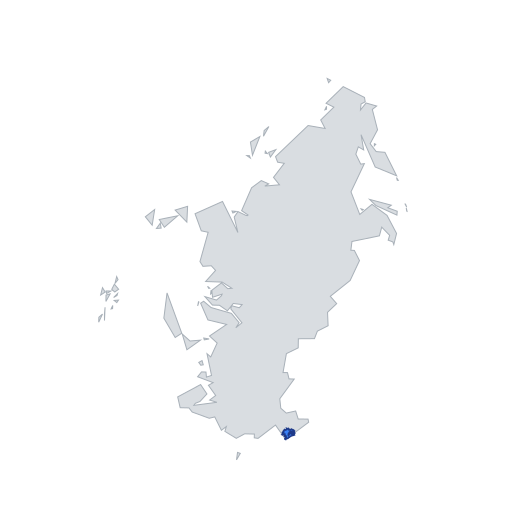 Krasnodar highlighted on a map of Russia, rotated 297°
{"feature_id": "RUS-2371", "entity_name": "Krasnodar", "entity_type": "Territory", "adm_level": 1, "iso_a3": "RUS", "parent_name": "Russia", "parent_adm1": "", "projection": "mercator", "projection_center": [39.522, 45.126], "detail": "fine", "context": "in_parent", "style": "filled", "palette": "blue", "viewbox_px": 512, "rotation_deg": 297, "n_neighbors": 0, "source": "natural_earth", "source_scale": "10m", "svg_char_len": 7654}
<svg xmlns="http://www.w3.org/2000/svg" viewBox="0 0 512 512"><g transform="rotate(297 256 256)"><path d="M339.9,371.0L328.7,373.6L330.7,371.5L330.1,366.6L335.1,365.7L338.8,354.9L330.0,356.8L312.5,334.9L304.2,337.9L305.6,341.1L298.9,350.3L276.9,351.0L253.8,340.5L250.2,349.5L238.3,345.3L226.6,351.9L216.9,344.8L208.9,345.6L201.5,331.3L193.3,335.3L182.8,327.4L164.4,333.0L166.4,337.0L161.5,341.2L163.7,345.9L139.6,342.0L131.6,347.2L129.8,354.3L135.9,361.7L129.9,367.6L134.3,376.4L131.8,378.4L106.0,365.7L114.2,350.1L94.4,340.6L93.2,337.0L96.6,335.4L92.4,326.6L84.6,321.2L85.6,307.9L90.6,307.0L85.0,304.3L93.9,292.3L90.2,288.0L88.0,270.0L90.2,265.2L86.4,257.3L94.9,250.2L116.3,265.0L110.8,274.9L100.9,272.1L97.2,268.8L94.7,268.4L107.9,287.6L106.6,280.1L113.4,283.4L119.2,272.3L123.7,275.3L121.9,258.8L128.0,260.1L129.9,264.1L125.6,266.8L129.4,270.6L146.7,256.7L145.5,261.5L160.8,260.9L163.6,250.9L181.7,260.9L177.2,242.2L188.8,228.1L191.9,229.9L189.7,239.4L193.7,260.1L188.9,271.3L182.9,270.6L190.1,273.8L197.4,257.6L200.6,256.8L202.3,264.6L206.4,265.7L203.4,257.3L194.2,255.4L195.5,245.8L192.5,239.5L196.6,228.9L198.8,240.8L205.0,243.3L206.6,243.1L199.5,236.0L205.4,232.2L216.3,237.4L214.1,245.7L216.3,249.2L217.4,237.7L210.4,222.7L224.8,226.5L227.0,220.6L222.7,213.4L225.6,208.6L255.4,202.6L253.6,195.8L266.0,182.5L289.4,201.4L268.7,229.2L280.8,218.9L287.4,219.8L287.6,228.8L288.1,230.1L288.9,230.3L289.9,222.6L314.8,221.1L325.6,226.5L326.0,234.6L322.3,232.1L330.1,244.6L334.0,235.9L351.4,239.1L349.4,232.7L353.4,228.3L395.9,243.2L401.0,259.7L406.6,251.9L424.0,257.8L423.9,249.1L446.5,256.8L446.5,280.7L443.0,283.3L439.1,280.6L433.5,282.8L442.3,284.6L444.4,295.4L439.4,293.1L423.6,307.0L407.9,306.7L403.6,315.7L406.9,323.8L391.3,344.9L389.4,321.8L411.8,294.5L399.4,303.8L399.7,297.6L392.1,298.7L385.4,307.6L387.5,310.6L356.3,311.5L340.1,329.6L354.7,335.9L351.7,354.3L339.9,371.0ZM182.7,193.5L153.5,224.9L146.7,221.0L158.8,202.1L182.7,193.5ZM358.0,331.5L362.7,353.5L358.8,351.5L360.0,361.5L356.4,363.0L355.4,339.9L358.0,331.5ZM141.1,237.0L153.0,225.7L150.3,235.8L155.8,244.7L141.1,237.0ZM344.2,207.1L355.0,199.3L364.2,205.2L344.2,207.1ZM244.6,153.2L256.3,168.0L240.0,161.3L244.6,153.2ZM240.7,139.6L251.4,144.6L236.3,149.5L240.7,139.6ZM260.2,163.1L269.2,172.5L254.8,179.0L260.2,163.1ZM366.1,208.3L371.5,206.3L377.2,208.7L366.1,208.3ZM65.5,331.2L72.6,328.7L73.0,331.6L65.5,331.2ZM135.5,147.3L141.8,144.8L129.7,150.3L135.5,147.3ZM354.1,220.2L359.8,225.4L350.7,223.9L354.1,220.2ZM138.3,255.4L135.1,258.4L133.6,256.4L135.2,253.3L138.3,255.4ZM147.4,142.9L153.1,140.1L156.0,143.2L147.4,142.9ZM166.6,142.6L164.0,148.7L159.8,146.5L160.8,142.6L166.6,142.6ZM172.3,143.8L167.5,142.8L174.4,141.2L172.3,143.8ZM159.2,246.7L160.8,251.9L157.8,248.0L159.2,246.7ZM241.8,155.8L237.8,158.8L235.3,154.8L241.8,155.8ZM150.7,135.3L158.1,133.6L155.4,138.0L150.7,135.3ZM446.5,242.8L443.4,242.0L446.5,238.8L446.5,242.8ZM130.1,143.8L134.6,145.6L125.6,145.9L130.1,143.8ZM189.1,226.0L185.0,226.7L189.1,225.5L189.1,226.0ZM285.2,214.2L286.8,218.2L283.8,215.9L285.2,214.2ZM421.4,250.9L418.8,252.2L417.5,251.0L421.4,250.9ZM157.7,150.1L154.4,148.0L159.7,149.7L157.7,150.1ZM156.8,138.3L158.9,142.6L154.8,139.9L156.8,138.3ZM370.3,364.8L369.7,366.2L367.9,368.1L370.3,364.8ZM152.0,149.8L154.3,153.5L151.3,153.1L152.0,149.8ZM205.1,231.5L202.2,233.1L201.5,232.8L205.1,231.5ZM409.9,312.0L407.9,311.4L409.8,310.5L409.9,312.0ZM353.7,216.7L352.4,219.7L351.7,217.4L353.7,216.7ZM345.7,328.2L346.1,330.4L344.9,329.8L345.7,328.2ZM389.7,345.6L388.0,348.4L387.6,347.5L389.7,345.6ZM146.9,150.8L144.0,152.1L143.0,150.9L146.9,150.8ZM207.0,226.6L206.3,229.4L205.7,228.6L207.0,226.6ZM342.4,204.5L340.7,206.5L341.3,202.2L342.4,204.5ZM364.4,369.9L367.1,368.0L364.4,370.3L364.4,369.9Z" fill="#d9dde1" stroke="#a8b0b8" stroke-width="1"/><path d="M115.2,371.1L114.5,370.8L114.2,370.9L114.1,371.0L113.9,371.4L113.6,371.1L113.3,370.9L113.2,370.7L112.7,370.2L112.4,369.8L111.9,369.4L111.7,369.2L111.2,368.8L111.0,368.5L110.6,368.3L109.9,368.2L109.7,368.2L109.5,367.8L109.4,367.7L109.2,367.6L109.0,367.4L108.9,367.2L108.7,367.0L108.8,367.2L108.8,367.3L108.7,367.3L108.3,367.2L108.2,367.3L108.0,367.2L107.9,367.1L107.7,367.0L107.6,366.6L107.6,366.4L107.3,366.1L106.5,365.7L106.4,365.7L106.1,365.8L106.0,365.7L105.9,365.6L105.9,365.4L106.2,365.4L106.3,365.3L106.5,365.3L106.7,365.2L106.8,365.1L106.7,365.0L106.3,365.1L106.3,364.9L106.4,365.1L106.4,364.9L106.5,364.9L106.4,364.9L106.2,364.9L106.1,365.0L106.1,364.8L106.4,364.6L106.6,364.7L107.0,364.9L107.2,365.0L107.0,365.3L107.4,365.3L107.4,365.2L107.6,365.2L107.3,365.1L107.2,365.0L107.7,365.0L108.1,364.9L108.0,365.0L108.1,364.9L108.3,365.0L108.2,365.1L108.3,365.1L108.6,365.1L108.6,364.8L108.6,364.7L108.5,364.2L108.4,364.1L108.4,364.4L108.4,364.6L108.2,364.7L108.3,364.0L108.3,363.9L108.4,364.0L108.5,364.0L108.4,363.9L108.8,363.6L108.9,363.4L109.0,362.9L109.1,362.7L109.3,362.5L109.3,362.9L109.4,363.0L109.2,363.2L109.2,363.3L109.3,363.4L109.3,363.2L109.4,362.9L109.5,362.8L109.5,362.6L109.6,362.3L109.8,362.2L110.2,362.6L110.5,362.6L110.6,362.4L109.9,362.0L109.9,361.9L109.5,361.4L109.4,361.3L109.2,361.3L109.3,361.5L109.2,361.5L109.0,361.3L108.8,361.1L108.6,360.5L108.6,360.4L108.9,360.6L109.0,360.6L109.3,360.6L109.5,360.4L109.9,360.2L110.0,360.4L110.3,360.5L110.6,360.5L110.6,360.4L110.3,360.2L110.2,360.2L110.1,360.3L110.1,360.1L110.2,359.9L110.3,359.8L110.5,359.8L110.8,359.7L110.9,359.9L111.4,359.9L111.3,360.2L111.2,360.3L111.2,360.6L111.3,360.7L111.8,360.7L112.0,360.6L112.0,360.4L112.2,360.1L112.5,360.1L112.6,359.9L112.9,360.0L113.0,360.0L113.5,360.0L114.0,360.1L114.3,360.2L114.2,360.4L114.2,360.5L114.1,360.8L114.5,360.9L114.5,361.1L114.6,361.4L114.5,361.5L114.8,361.8L115.7,361.8L115.8,361.9L116.1,361.9L116.3,361.7L116.3,361.9L116.2,362.1L116.3,362.1L116.3,362.3L116.5,362.4L116.6,362.5L116.7,363.1L116.8,363.1L117.0,363.2L116.9,363.3L117.0,363.4L117.0,363.5L116.8,363.6L116.7,363.8L116.4,363.7L116.3,363.8L116.0,363.8L116.0,364.3L116.2,364.7L116.3,364.7L116.4,364.8L116.3,365.0L116.4,365.4L117.0,365.3L117.2,365.8L117.3,365.9L117.4,366.1L117.9,366.2L117.9,366.3L117.7,366.8L117.6,367.0L117.4,367.1L117.4,367.3L117.5,367.3L117.6,367.5L117.8,367.7L117.9,367.8L118.0,367.8L118.0,368.1L117.8,368.1L117.9,368.3L118.0,368.4L118.0,368.6L117.8,369.1L117.6,369.1L117.6,369.3L117.4,369.4L117.4,369.5L117.2,369.4L117.1,369.5L117.1,369.4L117.0,369.2L116.7,369.2L116.1,369.0L116.1,369.3L116.2,369.5L115.9,369.7L115.8,369.9L115.7,370.1L115.7,370.3L115.6,370.6L115.6,370.8L115.6,371.0L115.4,371.0L115.2,371.1ZM113.4,365.7L113.2,365.6L112.9,365.5L112.7,365.8L112.4,366.0L112.1,366.2L111.9,366.2L111.7,366.2L111.4,366.1L111.4,365.9L111.2,366.0L110.9,366.1L110.8,366.3L111.1,366.3L111.3,366.5L111.7,366.7L112.4,366.7L112.7,366.8L112.9,366.7L113.1,366.5L112.9,366.3L112.7,366.2L112.8,366.0L113.1,366.0L113.0,366.3L113.1,366.2L113.3,366.3L113.5,366.2L113.8,366.2L113.8,366.4L113.9,366.5L114.0,366.7L113.9,366.8L114.0,366.9L114.0,367.0L113.9,367.1L113.8,367.3L113.8,367.5L113.7,367.6L113.7,367.9L113.5,368.1L113.5,368.3L113.8,368.6L114.1,368.6L114.1,368.8L114.1,369.0L113.9,369.2L113.7,369.2L113.6,368.9L113.4,368.8L113.3,369.0L113.4,369.3L113.4,369.5L113.6,369.8L113.8,369.8L114.0,369.9L114.3,370.0L114.6,370.2L114.9,370.0L114.9,369.8L115.0,369.7L114.9,369.4L114.8,368.8L114.8,368.7L115.0,368.6L114.9,368.3L114.9,367.8L114.9,367.7L114.7,367.4L114.9,367.3L114.9,367.0L115.0,366.9L115.2,367.0L115.3,367.1L115.5,367.4L115.6,367.7L115.6,367.8L115.8,367.9L115.7,367.6L115.7,367.4L115.5,367.1L115.4,366.8L115.2,366.4L115.0,366.1L114.8,366.1L114.6,365.8L114.3,365.7L113.9,365.9L113.7,365.8L113.4,365.7L113.4,365.7Z" fill="#3b82f6" stroke="#1e3a8a" stroke-width="1.5"/></g></svg>